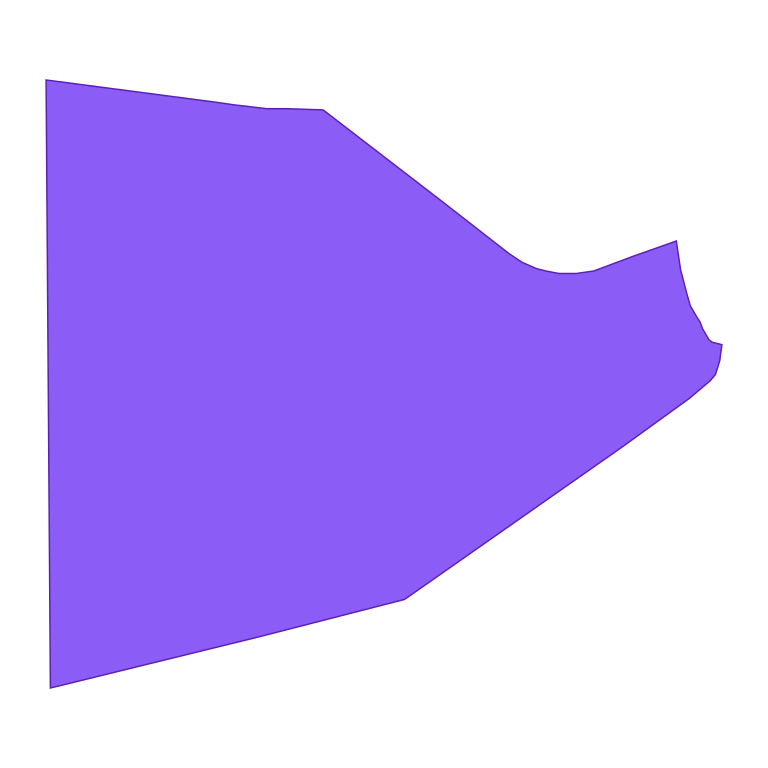 Sebkha, Nouakchott, Mauritania
{"feature_id": "47542326B41815213489591", "entity_name": "Sebkha", "entity_type": "district", "adm_level": 2, "iso_a3": "MRT", "parent_name": "Mauritania", "parent_adm1": "Nouakchott", "projection": "robinson", "projection_center": [-16.0, 18.075], "detail": "fine", "context": "isolated", "style": "filled", "palette": "violet", "viewbox_px": 768, "rotation_deg": 0, "n_neighbors": 0, "source": "geoboundaries", "source_scale": "gbopen_adm2", "svg_char_len": 549}
<svg xmlns="http://www.w3.org/2000/svg" viewBox="0 0 768 768"><path d="M721.9,344.7L712.1,342.2L708.9,339.7L702.4,328.4L700.2,322.2L696.9,317.2L690.4,306.0L687.1,294.7L680.6,269.8L676.3,241.0L633.9,256.0L593.7,271.0L576.3,273.5L558.9,273.5L545.9,271.0L536.1,268.5L522.0,262.3L508.9,253.5L441.6,201.1L323.1,109.9L287.3,108.7L266.6,108.7L246.0,106.2L235.1,105.0L217.8,102.5L46.1,80.0L50.4,688.0L259.0,636.8L404.6,599.4L622.0,447.1L689.3,398.4L710.0,380.9L715.4,374.6L719.7,360.9L721.9,344.7Z" fill="#8b5cf6" stroke="#5b21b6" stroke-width="1.5"/></svg>